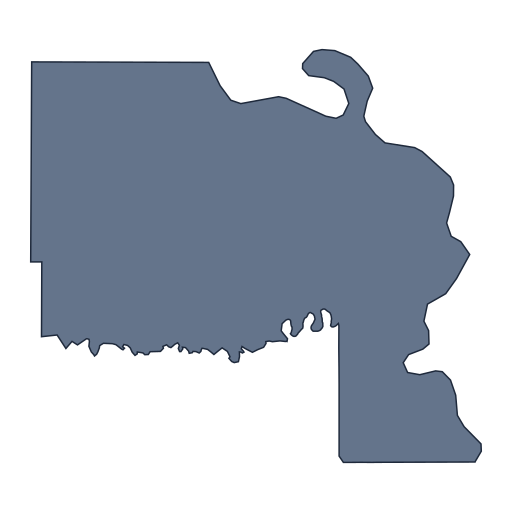 Lyman, South Dakota, United States of America (orthographic projection)
{"feature_id": "52423323B78517119987151", "entity_name": "Lyman", "entity_type": "district", "adm_level": 2, "iso_a3": "USA", "parent_name": "United States of America", "parent_adm1": "South Dakota", "projection": "orthographic", "projection_center": [-99.765, 43.859], "detail": "fine", "context": "isolated", "style": "filled", "palette": "slate", "viewbox_px": 512, "rotation_deg": 0, "n_neighbors": 0, "source": "geoboundaries", "source_scale": "gbopen_adm2", "svg_char_len": 3667}
<svg xmlns="http://www.w3.org/2000/svg" viewBox="0 0 512 512"><path d="M322.0,49.6L313.5,51.4L302.7,63.6L302.5,68.6L308.7,75.6L324.3,77.7L333.7,81.4L344.0,89.0L348.8,103.5L343.2,115.0L336.1,118.3L325.8,116.2L286.2,98.3L278.6,96.7L240.8,103.6L230.8,100.2L220.1,85.7L208.7,62.4L31.7,61.9L31.6,76.8L30.7,261.9L41.8,261.9L41.5,336.7L57.1,335.0L65.9,348.5L72.0,341.4L77.5,344.9L86.4,338.8L86.9,338.7L89.0,339.3L89.4,341.4L88.9,346.3L91.3,351.9L93.8,354.7L94.5,356.0L96.6,354.3L97.9,351.8L99.3,348.0L99.7,345.6L103.4,343.3L108.1,343.5L112.5,343.7L116.0,344.7L121.7,349.2L123.0,349.8L124.5,348.2L123.3,347.3L122.6,346.7L123.9,344.5L127.5,345.4L130.2,347.8L132.2,352.2L135.0,355.4L137.2,353.9L137.3,352.0L142.9,352.9L144.8,354.7L148.3,354.5L150.1,351.7L157.5,351.5L160.5,351.4L163.4,348.3L162.9,346.4L166.6,344.8L168.7,346.8L170.9,347.6L172.8,346.1L174.8,344.3L177.7,342.8L179.4,345.3L178.3,348.5L179.6,351.6L180.9,351.6L182.8,348.9L182.4,347.2L185.5,347.6L188.6,351.1L189.2,353.3L192.3,352.7L193.0,351.4L196.0,351.6L199.2,353.0L200.9,351.4L201.2,350.0L202.0,348.3L203.0,348.4L207.6,349.4L210.7,351.8L213.9,354.5L217.3,351.7L218.9,350.4L222.1,347.9L227.4,351.4L230.0,356.8L228.9,358.3L231.7,361.5L234.2,362.6L238.4,361.7L239.5,356.7L239.4,351.9L240.9,352.1L242.4,353.0L244.0,352.1L243.3,351.0L241.3,348.8L242.0,346.5L244.9,348.4L252.4,352.3L257.8,349.6L263.6,347.3L266.0,343.5L265.8,341.6L269.2,341.0L272.4,341.7L280.0,340.9L285.5,341.5L286.4,341.3L287.0,341.5L287.5,338.7L283.4,333.7L281.2,330.8L282.1,323.7L285.8,320.2L287.2,319.5L288.8,319.3L289.8,319.7L290.5,320.5L290.7,321.4L290.9,323.9L291.0,324.5L291.2,325.4L291.5,326.4L292.0,327.0L292.0,327.8L292.1,329.2L291.7,330.4L291.5,331.5L291.1,332.8L290.4,333.7L291.0,334.5L291.6,335.1L292.3,335.6L293.0,336.1L293.9,336.4L295.2,336.3L296.1,335.9L296.6,335.2L297.5,334.4L298.1,333.1L299.9,331.2L301.6,329.2L302.6,328.4L302.8,327.8L303.0,326.5L303.0,325.4L302.9,323.9L302.9,322.9L303.3,322.2L303.5,321.3L303.7,320.4L304.2,319.1L304.7,318.3L305.4,317.7L306.2,317.4L306.7,316.8L307.4,315.7L307.8,314.6L308.4,313.6L309.6,312.6L310.5,312.5L311.5,313.2L312.7,313.7L313.5,314.5L314.0,315.4L314.5,316.3L314.6,317.4L314.9,318.3L315.0,319.3L314.7,320.0L314.3,320.8L313.9,321.8L313.5,322.6L313.3,323.1L312.8,323.8L312.3,324.5L311.6,325.5L311.2,326.5L311.0,328.0L311.5,329.6L312.2,330.2L312.7,330.9L313.3,331.2L314.8,331.2L317.8,331.2L319.2,330.7L320.0,330.3L320.7,329.8L321.2,329.0L321.9,328.3L322.5,327.3L322.9,326.3L322.8,324.9L322.8,323.0L322.3,322.0L322.2,319.5L322.1,318.4L321.9,317.6L321.5,316.4L321.6,315.2L321.3,314.1L321.0,313.3L320.7,312.0L320.7,310.9L321.2,310.1L322.0,309.7L323.0,309.1L324.2,309.0L325.2,309.3L327.1,310.9L328.5,311.8L329.8,312.6L330.8,314.5L331.3,316.5L331.4,317.5L331.6,318.7L331.4,320.3L331.2,321.2L331.3,322.8L331.1,323.3L330.8,324.5L330.6,325.6L331.2,326.4L331.7,326.8L333.0,327.0L334.0,326.7L335.2,326.2L336.0,325.7L336.9,324.9L337.7,324.0L338.1,323.8L338.4,323.5L338.9,325.7L338.8,348.0L339.0,367.4L339.1,384.0L339.1,401.2L339.1,416.5L339.1,421.7L339.1,437.2L339.1,446.5L339.1,456.1L343.4,462.4L350.5,462.4L361.3,462.3L372.3,462.4L376.3,462.3L475.0,462.0L475.0,461.9L481.3,451.2L481.0,443.9L464.1,426.7L457.4,415.4L455.7,395.2L450.5,380.1L442.3,371.7L435.6,370.9L419.8,374.7L407.6,372.5L403.2,362.7L408.6,354.6L422.9,349.1L429.0,344.0L428.6,330.6L423.9,321.2L427.5,304.1L445.7,293.7L456.5,278.6L469.7,254.5L460.8,241.7L451.2,236.3L446.6,223.0L449.6,212.1L453.5,196.0L453.6,185.0L450.3,177.0L422.2,151.6L414.7,147.6L385.0,142.9L375.4,134.5L365.5,121.7L363.8,116.2L367.2,101.1L372.7,88.2L368.3,76.1L357.8,64.0L350.7,57.3L334.8,50.6L322.0,49.6Z" fill="#64748b" stroke="#1e293b" stroke-width="1.5"/></svg>